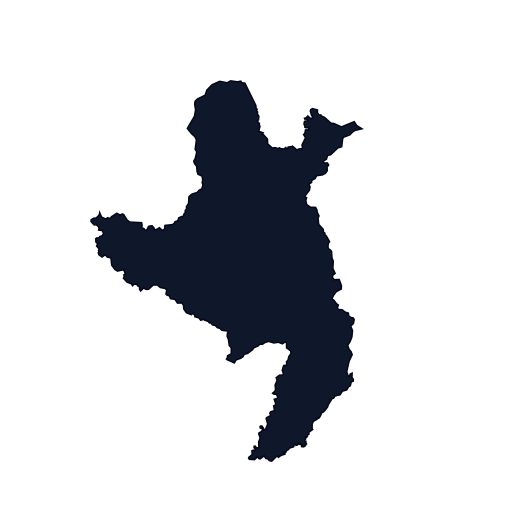 Tocache, San Martín, Peru, rotated 37°
{"feature_id": "86281439B42687599219853", "entity_name": "Tocache", "entity_type": "district", "adm_level": 2, "iso_a3": "PER", "parent_name": "Peru", "parent_adm1": "San Martín", "projection": "mercator", "projection_center": [-76.612, -8.241], "detail": "fine", "context": "isolated", "style": "filled", "palette": "ink", "viewbox_px": 512, "rotation_deg": 37, "n_neighbors": 0, "source": "geoboundaries", "source_scale": "gbopen_adm2", "svg_char_len": 6164}
<svg xmlns="http://www.w3.org/2000/svg" viewBox="0 0 512 512"><g transform="rotate(37 256 256)"><path d="M264.1,90.6L257.8,91.2L253.6,89.6L246.5,101.5L238.7,103.2L235.8,104.8L227.3,104.0L224.7,104.7L222.9,104.3L221.3,105.5L218.1,104.2L217.9,103.0L217.0,102.4L212.4,104.3L211.6,106.0L212.1,107.5L215.8,110.3L217.3,110.7L217.9,112.4L217.1,113.3L213.1,113.0L212.9,115.4L211.8,116.8L212.5,117.3L214.0,116.3L215.9,116.2L216.0,117.3L214.0,118.6L213.8,119.6L214.9,121.8L216.6,122.6L217.5,123.8L218.9,123.5L220.8,121.9L221.9,122.7L221.5,124.1L219.6,125.5L221.2,128.7L220.9,130.4L224.4,131.8L225.9,139.7L227.7,141.2L228.2,142.5L225.8,144.7L225.3,146.5L224.6,146.2L223.3,147.2L222.6,146.5L219.0,146.3L219.0,147.7L218.1,147.6L216.1,149.7L216.6,150.9L216.0,151.9L214.5,151.4L213.9,153.7L211.1,155.4L209.6,155.5L208.7,157.2L206.5,157.6L204.0,159.9L197.8,159.4L194.8,155.7L188.9,154.6L187.7,155.2L187.6,153.3L183.1,154.7L181.1,150.0L179.2,149.0L178.9,148.0L177.7,148.2L175.8,147.0L176.1,145.8L174.3,142.8L171.5,141.6L170.7,140.1L169.0,139.5L168.6,138.1L167.6,138.4L165.2,135.8L143.0,124.6L140.7,126.1L138.6,125.5L136.4,128.0L130.3,131.4L128.7,135.0L121.9,138.3L117.8,145.7L116.9,153.1L118.6,158.1L114.8,165.6L114.2,169.0L115.7,171.7L119.8,175.7L122.7,181.3L124.4,195.5L130.8,197.1L135.4,197.5L138.5,199.1L143.2,207.4L145.6,208.3L146.6,209.7L148.8,214.8L149.2,217.7L151.3,219.2L154.8,220.2L158.0,223.9L160.5,225.6L164.9,224.7L167.8,227.5L168.9,229.9L170.9,231.2L172.3,235.0L170.9,237.8L170.8,240.5L167.4,245.5L166.8,249.1L170.5,254.6L170.7,258.5L172.1,259.9L172.1,262.3L173.4,264.0L173.1,265.1L174.0,268.6L172.8,269.3L171.3,272.1L172.3,274.9L170.7,277.3L171.0,279.3L170.3,281.3L164.9,286.3L165.4,287.6L166.6,288.7L166.4,291.3L165.0,291.9L161.8,291.5L160.8,294.3L159.2,296.2L157.8,295.0L154.9,294.4L154.1,294.9L152.4,297.0L153.1,300.9L151.6,302.3L150.1,301.5L147.2,302.4L147.0,300.5L144.6,298.2L134.7,304.9L131.3,304.8L125.4,302.5L124.0,302.8L122.7,305.1L119.1,305.6L116.9,311.7L117.1,313.8L114.4,314.7L113.7,316.9L109.2,317.8L105.1,315.5L105.9,317.0L105.9,319.8L105.2,322.2L103.8,323.3L102.5,326.2L103.3,327.6L105.0,328.1L108.1,328.6L109.6,327.2L112.5,327.4L114.1,328.5L114.7,330.0L118.0,328.2L120.8,329.9L120.9,333.0L119.6,334.1L119.5,336.3L117.9,337.4L117.6,338.6L119.7,341.2L122.2,341.5L122.7,344.0L126.7,344.8L126.8,346.3L128.0,347.1L128.1,348.4L130.0,349.6L133.7,349.5L134.4,346.9L135.4,345.8L137.8,346.4L141.3,344.8L146.3,350.2L151.5,351.7L154.5,351.4L158.0,347.2L159.9,347.2L162.5,349.1L161.8,350.5L163.4,352.2L163.5,353.5L168.7,354.5L173.3,353.2L175.3,354.1L175.6,352.1L178.2,349.9L179.0,351.0L181.9,350.9L183.0,352.7L184.9,353.4L185.5,349.3L188.6,348.7L190.2,347.2L191.4,341.1L194.7,338.5L198.5,338.8L202.8,336.7L205.2,336.8L207.0,340.6L208.6,340.8L210.7,340.0L213.4,341.5L217.5,339.4L221.6,340.9L225.3,338.0L228.0,339.2L230.2,341.8L234.5,343.2L239.7,341.8L240.1,339.8L242.9,340.2L243.7,341.3L247.7,339.8L250.5,340.6L252.5,337.9L253.4,338.2L257.4,337.0L259.0,337.5L259.3,336.6L262.7,337.2L265.5,336.0L268.2,336.5L270.9,335.5L273.4,335.9L278.9,332.8L279.9,333.3L279.5,334.6L281.2,337.4L284.2,339.2L288.5,343.6L291.5,344.2L294.6,348.4L295.0,349.4L293.3,352.7L294.4,354.5L294.4,356.1L295.3,356.2L303.1,354.4L302.6,351.0L305.3,347.0L306.3,344.1L305.7,341.7L308.0,338.8L309.6,333.0L309.6,330.4L311.9,326.4L312.0,324.5L314.4,322.4L315.2,319.8L317.5,316.6L322.6,314.7L325.8,311.4L329.9,310.3L331.1,306.8L332.6,307.0L335.7,311.0L340.7,310.9L342.6,312.7L342.7,316.7L344.1,319.5L344.0,322.1L345.9,324.4L345.5,325.7L344.2,326.4L344.2,327.5L345.8,331.6L348.4,333.1L349.0,335.0L346.6,336.8L345.3,341.0L347.7,342.6L348.9,347.5L352.1,351.1L352.4,353.0L351.8,355.6L353.4,355.6L355.6,354.2L358.2,355.6L358.7,356.9L356.8,359.5L360.6,362.1L361.1,363.3L360.3,365.1L363.8,368.4L361.4,371.7L361.6,373.3L363.3,374.2L363.5,375.0L361.7,378.8L362.0,379.8L366.4,383.1L368.1,389.2L367.1,389.8L363.4,388.2L362.0,388.9L361.9,389.9L363.0,390.8L364.9,390.1L365.8,390.5L365.9,393.2L364.9,395.3L365.1,396.3L368.8,398.8L370.0,402.9L373.6,407.3L372.7,408.4L371.3,408.8L369.7,408.3L369.0,409.0L369.7,410.2L372.6,411.2L372.6,412.1L370.7,412.7L369.9,413.9L372.5,417.0L371.4,421.0L371.7,421.9L373.1,422.4L377.4,419.5L378.0,415.6L380.3,416.0L381.4,415.6L382.8,410.7L385.7,411.8L387.4,410.9L389.7,411.4L392.0,410.4L393.1,402.9L395.1,403.3L395.9,400.4L398.3,396.9L396.6,396.1L397.9,395.3L397.6,392.8L398.5,390.8L398.2,389.5L400.9,385.7L400.0,383.5L402.1,382.1L402.2,382.9L402.7,382.4L402.8,380.1L403.9,380.4L404.6,379.4L405.6,379.7L406.0,379.2L407.1,380.8L407.8,380.5L407.7,379.4L409.0,379.7L409.5,378.3L409.4,375.6L408.2,375.3L407.4,374.0L406.6,374.7L405.7,374.0L405.7,372.1L404.5,370.9L405.3,370.7L405.7,369.2L404.8,368.0L405.5,366.2L404.6,366.0L404.4,364.6L405.7,360.4L404.7,360.1L402.0,356.4L401.3,353.7L402.7,350.3L402.2,349.3L403.0,349.3L403.9,347.1L403.4,343.5L402.5,342.0L403.4,340.9L404.0,338.4L404.0,333.4L403.2,331.2L402.6,323.9L403.5,323.0L403.4,320.1L406.7,316.2L406.3,312.1L409.1,308.3L408.6,305.0L409.4,302.8L407.8,299.1L409.0,297.4L407.7,295.8L405.8,295.3L403.3,291.7L402.3,293.3L402.7,295.3L402.2,296.7L398.1,293.8L393.7,284.2L392.2,276.9L389.5,275.2L386.5,274.5L383.0,272.2L382.7,267.9L381.3,262.9L377.9,257.4L373.9,255.1L374.4,251.2L372.7,247.7L370.9,246.9L369.1,247.9L366.1,248.0L364.1,246.0L360.7,247.2L357.3,247.0L354.6,248.8L353.1,249.0L352.0,248.0L351.3,245.6L348.7,245.6L344.7,244.4L342.5,244.7L341.6,241.0L341.6,236.2L344.0,231.0L342.0,228.2L336.5,224.7L332.8,227.8L329.7,227.1L328.9,224.7L329.7,222.3L324.9,219.7L320.7,213.5L318.0,212.0L313.7,207.0L312.1,206.4L309.8,206.6L308.2,205.7L306.1,202.3L306.2,200.3L300.0,197.6L298.0,197.5L297.3,196.3L295.8,196.4L293.5,194.2L287.1,193.0L282.8,188.5L282.2,186.1L279.0,184.5L276.6,182.3L274.3,181.3L270.1,184.3L265.5,184.4L262.5,181.9L261.3,179.0L259.0,179.3L259.1,171.3L257.5,168.2L255.1,167.0L256.1,163.7L255.0,162.1L256.6,158.6L256.1,155.4L260.4,151.1L261.7,148.1L261.6,145.0L258.9,141.7L259.5,140.3L259.0,139.3L256.8,138.8L254.7,140.6L252.6,140.3L254.0,136.2L252.6,132.7L254.7,130.2L256.3,120.4L258.7,117.2L254.7,110.3L254.4,108.5L258.0,102.9L258.6,98.5L259.7,95.9L264.1,90.6Z" fill="#0f172a" stroke="#020617" stroke-width="1.5"/></g></svg>